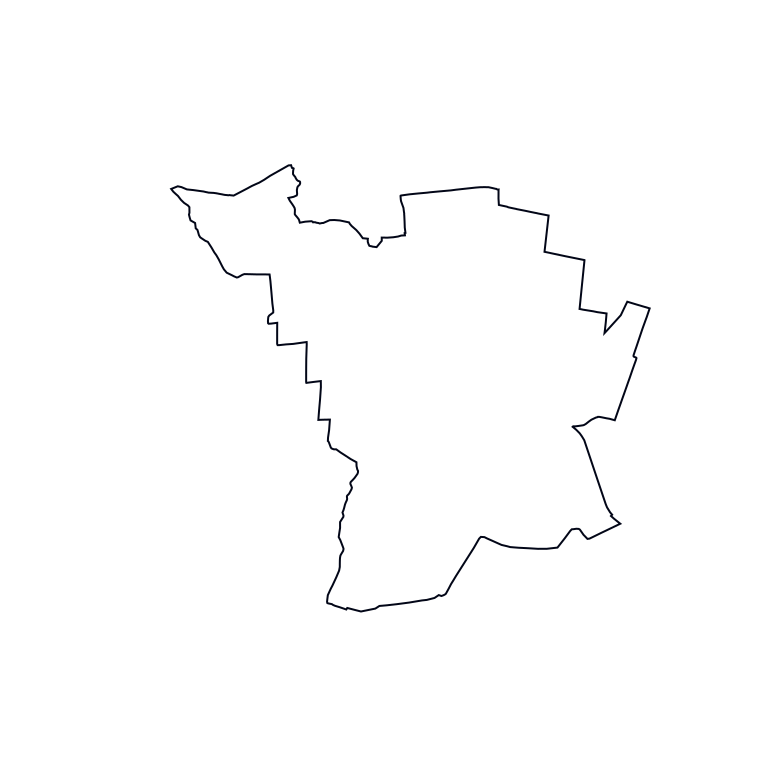 the district of Toboliu, Bihor, Romania, rotated 293°
{"feature_id": "2599482B89514629936161", "entity_name": "Toboliu", "entity_type": "district", "adm_level": 2, "iso_a3": "ROU", "parent_name": "Romania", "parent_adm1": "Bihor", "projection": "natural_earth1", "projection_center": [21.714, 47.047], "detail": "fine", "context": "isolated", "style": "outline", "palette": "ink", "viewbox_px": 768, "rotation_deg": 293, "n_neighbors": 0, "source": "geoboundaries", "source_scale": "gbopen_adm2", "svg_char_len": 5746}
<svg xmlns="http://www.w3.org/2000/svg" viewBox="0 0 768 768"><g transform="rotate(293 384 384)"><path d="M554.8,575.8L551.1,575.6L539.8,575.1L519.7,568.1L517.0,567.1L520.6,566.1L527.6,564.0L535.9,561.3L533.5,552.3L532.7,548.3L530.2,538.2L529.6,535.1L529.5,534.7L556.2,526.4L576.2,520.2L576.4,520.1L572.5,501.1L568.4,480.1L603.4,469.7L601.2,459.4L600.9,457.6L600.5,455.8L600.2,454.3L599.7,451.9L598.7,446.7L596.8,437.7L596.8,437.3L596.1,433.9L595.2,429.2L595.3,428.6L595.2,427.5L594.2,422.4L593.7,419.8L599.3,417.0L603.6,415.2L607.4,413.6L607.8,413.5L607.5,412.9L607.3,412.2L607.5,411.2L607.3,410.6L606.7,407.0L606.0,403.4L604.4,399.4L602.5,395.2L600.5,391.4L591.0,374.4L588.4,370.0L582.8,359.5L578.7,351.9L576.9,348.8L572.9,341.3L570.5,336.9L569.6,335.3L569.1,334.3L568.8,333.8L568.4,333.1L564.2,326.1L563.8,325.7L563.6,325.7L560.5,327.3L558.9,328.3L553.7,333.1L550.1,335.2L549.0,335.9L547.6,336.5L547.1,336.8L541.7,339.4L536.1,342.0L531.5,344.7L531.0,344.0L530.6,344.2L530.5,344.3L530.3,344.4L530.2,344.5L529.0,345.2L527.4,341.9L525.4,339.5L525.3,339.4L522.7,335.2L520.0,329.9L517.9,324.7L514.9,326.0L507.1,323.7L505.9,319.5L506.0,319.1L505.6,317.5L505.5,316.5L507.0,314.8L508.1,313.9L508.5,313.5L510.9,312.5L511.4,312.4L511.1,311.3L509.9,307.5L512.8,302.7L514.9,298.3L516.8,292.5L518.1,289.9L519.1,288.7L517.3,279.5L515.5,274.1L513.6,270.0L508.5,265.2L508.0,264.1L506.6,262.1L506.6,260.9L506.0,258.5L506.1,257.9L506.0,257.7L505.9,257.1L505.1,255.5L505.5,255.0L505.5,253.6L502.6,248.0L499.6,243.5L500.4,242.8L501.1,242.3L501.7,241.8L502.3,241.1L502.5,240.9L502.6,240.7L503.5,239.1L504.2,237.7L504.9,236.3L505.5,235.5L506.5,235.1L509.7,233.9L511.1,232.9L512.1,231.6L513.6,229.4L515.9,225.7L517.9,223.3L521.0,227.7L523.5,230.0L525.0,229.8L526.9,228.8L528.5,228.0L531.3,227.4L532.5,227.6L534.3,228.4L534.8,228.5L536.0,228.4L537.2,227.8L537.5,227.4L537.5,226.5L537.4,225.5L537.6,224.7L538.0,223.7L539.2,222.1L539.9,221.4L540.3,220.6L540.8,219.6L541.5,218.4L542.2,218.0L543.5,217.5L545.0,217.0L547.1,216.6L547.2,216.0L547.0,214.8L548.0,213.9L549.1,213.0L547.9,210.7L531.1,197.8L526.7,194.9L525.3,194.0L522.9,192.2L520.5,190.4L518.4,188.4L517.1,187.2L514.8,185.1L512.7,183.4L510.9,182.0L498.7,172.0L497.7,168.7L497.5,167.8L497.1,167.3L496.9,167.0L496.7,166.3L496.7,166.2L495.9,163.7L495.6,162.4L495.5,162.0L495.4,161.3L494.5,157.3L494.4,156.7L494.2,155.8L494.1,155.6L494.1,155.2L493.9,154.6L493.3,152.4L491.6,147.7L491.3,145.9L491.2,145.7L490.7,142.7L489.5,138.3L488.0,132.7L486.8,128.8L486.1,126.5L486.1,120.6L485.6,117.9L485.4,116.9L480.4,111.9L478.7,114.9L477.6,117.9L476.6,120.9L474.2,125.1L472.6,129.2L471.7,133.9L470.7,135.8L465.6,138.0L463.7,138.3L461.3,140.1L459.0,142.0L458.4,147.2L455.8,148.7L453.7,149.9L453.0,152.0L451.6,153.2L450.2,154.3L448.7,155.5L447.2,157.5L446.7,159.9L446.0,163.6L446.0,166.3L442.2,171.9L438.8,176.4L437.0,179.4L434.2,183.1L429.1,189.1L427.0,191.8L425.0,195.7L424.7,201.6L424.5,203.9L424.5,206.9L425.3,208.0L429.2,211.0L430.6,212.5L432.6,217.5L435.0,223.6L437.6,229.7L440.1,235.9L434.4,239.2L424.3,244.6L414.3,249.9L408.5,253.3L406.5,254.1L402.2,251.6L400.6,251.3L399.5,251.6L396.5,252.6L394.6,253.6L394.4,254.3L395.5,256.5L398.6,261.8L390.2,265.3L379.1,270.0L378.2,270.9L378.7,272.1L382.2,278.4L385.4,284.7L389.0,290.7L392.4,296.4L390.5,297.3L376.8,302.6L368.1,306.2L355.3,311.6L354.7,312.1L358.4,318.4L362.0,324.7L356.3,327.2L345.0,331.1L334.2,334.6L325.3,337.6L327.2,341.6L330.1,348.1L320.1,351.5L312.9,353.4L309.6,354.6L309.4,355.3L308.4,356.4L306.2,358.5L304.8,359.8L304.2,360.9L304.2,362.2L304.3,363.4L305.2,365.5L304.0,370.7L303.0,376.5L301.9,382.5L301.2,389.2L297.7,390.8L294.9,392.8L293.8,394.1L292.3,394.6L290.9,394.7L286.0,393.6L283.7,392.8L280.9,391.7L279.8,391.7L278.9,392.1L277.0,394.1L276.0,395.0L274.4,395.2L271.2,394.9L269.3,394.7L268.0,394.2L266.8,393.7L265.7,393.9L263.8,395.0L262.3,395.2L260.1,395.1L257.7,395.2L254.6,395.7L251.9,396.0L249.5,396.0L247.1,398.1L245.8,398.5L243.5,398.1L239.8,397.5L236.7,398.8L234.4,399.8L229.6,401.0L225.4,402.1L223.2,404.8L217.5,410.3L216.4,411.2L214.3,411.6L211.0,411.1L209.1,410.9L206.9,411.4L204.9,412.1L201.9,413.3L198.3,414.8L194.7,415.6L193.1,415.6L187.2,415.6L178.4,415.3L174.7,415.0L167.7,414.8L163.8,415.9L161.2,416.7L160.2,417.5L160.3,418.6L160.6,420.1L161.0,422.0L160.7,423.5L160.7,425.7L161.2,430.3L161.5,434.4L161.7,437.4L163.5,437.7L164.6,445.2L165.6,451.7L168.0,455.2L173.9,463.8L177.9,466.5L181.3,472.9L186.2,481.6L192.6,492.5L199.6,503.5L202.0,507.8L206.8,514.1L211.1,516.9L211.3,519.7L212.4,520.9L213.7,522.1L215.0,522.9L220.9,523.5L226.1,523.9L230.6,524.6L235.6,525.3L268.2,530.7L278.8,532.0L281.1,532.9L282.3,536.3L282.1,539.1L282.0,545.3L281.9,549.7L281.8,555.1L282.8,560.9L283.2,563.9L285.8,571.7L289.2,581.0L292.5,590.3L296.0,598.4L301.2,607.6L312.7,610.7L321.4,612.8L323.6,613.6L324.6,615.5L325.9,617.6L326.7,619.9L326.5,621.2L323.0,626.8L322.8,627.4L321.1,631.4L320.9,631.8L322.0,633.6L323.6,635.0L329.7,640.3L331.8,642.1L336.2,646.0L347.7,656.1L349.8,648.6L351.2,644.5L352.8,645.1L354.2,642.3L357.6,637.5L360.2,634.9L380.0,617.3L410.5,590.3L413.2,586.5L415.1,583.4L417.0,578.8L418.3,574.4L419.0,574.7L419.7,576.5L421.6,579.8L423.8,583.4L424.5,584.2L426.1,585.4L429.4,587.2L432.2,588.9L435.7,592.0L435.9,592.2L437.0,593.6L437.3,593.7L437.8,594.8L438.4,597.4L438.9,599.8L439.4,602.3L440.1,605.2L440.8,610.6L452.5,609.8L459.2,609.4L462.2,609.2L465.5,609.0L468.9,608.8L477.0,608.3L481.6,608.0L485.2,607.8L488.0,607.6L493.6,607.2L500.2,606.8L504.2,606.6L506.4,606.3L506.6,606.2L506.8,605.8L506.8,605.1L506.8,604.0L506.8,603.2L507.0,602.9L507.4,602.7L507.9,602.5L512.6,602.1L517.0,601.8L533.6,600.5L536.3,600.3L545.7,599.8L548.1,599.7L557.4,599.0L555.8,585.0L555.3,580.4L554.8,575.8Z" fill="none" stroke="#020617" stroke-width="2"/></g></svg>